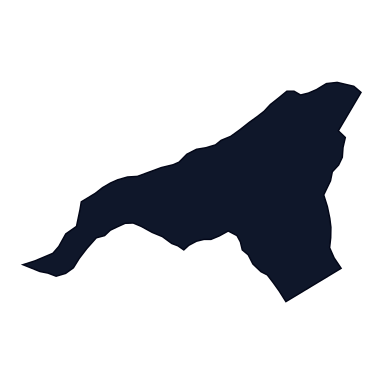 Trabiju, São Paulo, Brazil
{"feature_id": "56859067B68182867271292", "entity_name": "Trabiju", "entity_type": "district", "adm_level": 2, "iso_a3": "BRA", "parent_name": "Brazil", "parent_adm1": "São Paulo", "projection": "mercator", "projection_center": [-48.36, -22.031], "detail": "fine", "context": "isolated", "style": "filled", "palette": "ink", "viewbox_px": 384, "rotation_deg": 0, "n_neighbors": 0, "source": "geoboundaries", "source_scale": "gbopen_adm2", "svg_char_len": 1205}
<svg xmlns="http://www.w3.org/2000/svg" viewBox="0 0 384 384"><path d="M23.0,264.7L30.0,267.5L39.9,271.5L48.0,273.1L56.1,276.2L65.6,273.4L73.4,267.8L79.3,258.3L86.9,248.4L96.3,237.8L104.6,235.6L110.3,230.2L116.3,227.3L125.1,223.3L133.2,223.0L141.3,226.4L152.2,232.4L162.4,236.6L171.8,243.5L177.9,245.8L183.8,249.9L188.8,245.3L196.5,241.2L203.9,239.4L210.9,239.4L219.3,235.9L228.2,231.0L237.0,235.6L240.4,241.9L242.3,249.9L248.2,254.8L252.9,264.0L261.0,271.7L267.3,274.9L273.2,282.6L279.2,291.0L285.9,301.6L341.1,268.3L334.1,257.9L329.6,247.7L330.7,237.8L330.9,227.3L329.8,218.4L327.4,206.7L323.7,194.9L330.5,180.8L332.3,171.8L338.6,165.0L342.3,157.3L343.0,147.5L345.3,137.5L338.3,130.8L361.0,92.4L353.8,86.3L345.7,84.4L337.2,82.4L326.4,83.6L316.3,89.7L308.4,93.1L300.6,95.0L294.0,91.2L286.9,91.2L278.5,98.1L270.4,104.5L264.1,111.3L257.0,116.8L249.6,122.1L239.7,129.9L230.7,136.4L221.2,140.3L215.5,144.9L205.6,147.8L196.5,149.3L186.9,154.2L179.0,162.2L172.9,164.8L161.3,167.6L137.4,176.4L127.5,177.0L117.7,179.8L110.5,183.0L102.6,187.6L95.2,193.4L81.3,201.8L80.0,209.7L76.5,226.4L65.8,233.9L58.8,246.5L52.9,253.3L43.7,257.2L34.6,261.0L23.0,264.7Z" fill="#0f172a" stroke="#020617" stroke-width="1.5"/></svg>